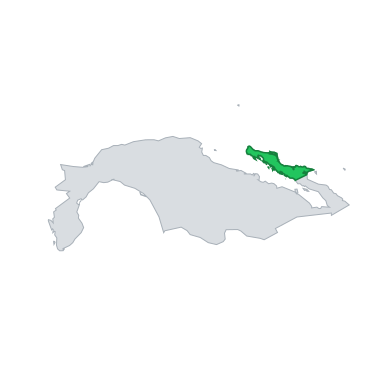 Baja California Sur on a map of Mexico (Albers equal-area conic projection), rotated 153°
{"feature_id": "MEX-2707", "entity_name": "Baja California Sur", "entity_type": "State", "adm_level": 1, "iso_a3": "MEX", "parent_name": "Mexico", "parent_adm1": "", "projection": "albers", "projection_center": [-111.883, 25.437], "detail": "fine", "context": "in_parent", "style": "filled", "palette": "green", "viewbox_px": 384, "rotation_deg": 153, "n_neighbors": 0, "source": "natural_earth", "source_scale": "10m", "svg_char_len": 9397}
<svg xmlns="http://www.w3.org/2000/svg" viewBox="0 0 384 384"><g transform="rotate(153 192 192)"><path d="M57.8,109.1L78.4,107.9L77.4,110.0L109.9,122.1L134.3,121.6L134.2,117.1L149.4,116.7L152.2,119.7L163.2,127.9L166.2,135.1L168.3,137.8L178.7,142.9L181.7,140.6L183.8,135.0L186.7,133.6L194.0,134.0L200.5,139.5L205.3,147.7L213.0,154.9L213.9,159.8L217.6,165.6L233.8,169.8L235.7,168.6L232.7,184.9L233.1,203.9L234.3,207.9L239.0,212.8L238.5,215.8L238.4,212.9L234.5,208.6L236.0,212.8L241.2,221.2L249.0,228.8L251.2,233.9L256.7,238.6L255.3,238.7L258.3,239.6L257.3,238.9L262.5,239.0L266.4,240.4L270.1,243.4L278.4,239.6L284.7,238.3L288.6,235.7L293.0,234.6L294.0,235.3L293.8,236.4L297.6,236.6L299.8,234.5L298.7,231.9L297.6,232.7L297.8,232.1L303.7,226.5L303.5,222.7L305.1,220.3L304.2,214.2L304.7,209.5L309.2,206.1L317.7,203.2L321.2,201.0L325.4,199.9L332.6,200.2L333.0,199.1L331.2,199.4L333.5,198.2L336.6,199.7L337.6,202.3L336.9,206.1L333.3,212.5L333.8,216.1L331.9,218.8L332.4,219.5L334.5,218.9L332.7,221.5L332.9,222.5L334.3,221.9L333.1,231.6L332.5,232.5L330.6,230.8L329.7,227.4L328.2,231.3L326.1,231.9L324.3,237.1L321.2,237.6L321.2,239.2L303.7,242.1L304.6,247.6L300.6,248.2L311.5,255.2L311.7,258.4L299.2,260.4L295.8,268.9L297.4,270.7L296.6,276.1L286.2,268.6L278.1,263.6L273.4,261.9L272.9,262.6L277.3,264.0L270.7,263.1L270.9,261.6L269.3,262.4L268.1,261.3L267.1,262.8L269.3,263.2L266.1,263.9L263.2,266.3L253.3,270.7L246.5,268.9L240.9,269.0L236.9,267.0L233.1,266.4L230.5,264.3L221.3,263.4L209.7,259.6L202.0,255.7L198.7,252.8L191.1,252.3L183.8,250.2L179.0,245.4L168.9,241.2L163.4,234.8L161.5,230.7L165.2,228.6L164.5,226.9L162.8,226.4L165.2,223.2L165.3,219.4L163.1,218.3L160.9,214.7L160.8,211.2L159.3,208.3L153.4,202.8L148.2,196.1L140.4,190.4L142.6,191.5L142.7,190.2L138.6,189.0L135.5,184.4L137.6,184.5L131.6,181.5L130.7,179.9L128.6,180.6L128.2,179.9L129.8,178.0L127.0,179.5L125.3,178.2L124.9,175.1L126.8,172.3L127.6,172.8L126.1,170.0L124.2,168.3L121.8,168.4L120.0,164.6L117.0,163.8L115.2,162.2L113.9,158.9L114.7,156.8L109.4,155.8L100.2,145.2L99.6,142.7L98.3,141.9L92.4,128.8L91.9,124.8L92.6,123.5L87.6,121.8L86.4,119.6L84.8,118.9L83.1,120.1L76.4,116.0L77.6,118.6L76.7,123.5L78.1,127.4L79.3,134.9L86.2,141.6L88.4,146.1L89.4,145.9L89.9,147.2L90.9,147.4L91.9,150.3L93.9,151.2L95.1,157.2L98.6,160.3L99.9,163.7L101.5,164.7L102.8,168.8L104.3,169.8L103.4,166.8L105.5,168.5L108.0,177.7L110.3,180.4L113.6,187.0L113.1,189.8L113.9,192.3L116.6,194.7L117.5,192.2L125.4,200.8L124.7,204.0L121.7,206.5L120.1,206.8L116.7,199.7L104.5,190.2L103.4,190.3L100.9,187.3L100.4,185.3L101.1,180.8L100.0,176.5L98.2,173.5L92.4,169.7L91.2,166.0L90.1,167.6L87.2,168.2L85.1,165.7L79.7,163.1L78.9,161.0L74.9,157.8L74.5,156.7L78.7,157.4L81.1,156.6L81.1,157.5L83.1,158.6L82.4,156.1L81.4,155.9L83.4,151.0L75.8,141.6L69.4,137.3L68.3,135.3L68.3,131.8L66.8,130.7L66.3,126.7L64.4,125.0L64.1,122.7L61.4,118.9L60.9,117.2L61.9,116.1L60.0,114.5L57.8,109.1ZM99.8,145.4L99.1,147.7L97.1,146.9L97.9,143.4L99.1,143.0L99.8,145.4ZM91.4,144.8L88.4,142.2L87.7,139.6L89.2,140.5L89.5,141.9L91.0,142.3L91.4,144.8ZM337.7,210.9L336.8,210.3L337.0,209.1L338.8,207.9L337.7,210.9ZM101.0,190.3L98.9,187.8L100.1,182.8L99.8,187.3L101.0,190.3ZM73.4,154.4L71.8,154.0L72.9,151.4L73.6,153.4L73.4,154.4ZM46.5,144.7L45.2,142.9L45.5,142.1L46.0,142.2L46.5,144.7ZM102.9,190.3L104.2,192.3L101.4,190.4L102.9,190.3ZM153.1,218.8L152.8,219.6L152.1,219.3L151.8,218.0L153.1,218.8ZM114.4,185.2L114.9,186.7L113.4,184.8L114.4,185.2ZM109.0,175.2L109.8,175.9L108.6,177.3L109.0,175.2ZM111.9,248.6L111.3,248.8L110.5,248.2L111.2,247.3L111.9,248.6ZM296.0,234.2L294.5,234.8L297.1,233.6L296.0,234.2ZM121.8,193.8L121.0,193.6L120.9,192.2L121.8,193.8Z" fill="#d9dde1" stroke="#a8b0b8" stroke-width="1"/><path d="M82.9,155.3L94.8,155.5L94.7,156.8L95.2,157.2L95.4,158.0L95.9,158.4L96.3,158.9L97.3,159.3L98.4,160.0L98.7,160.6L98.9,161.7L99.4,162.2L99.8,163.0L99.7,163.4L100.1,163.9L100.8,164.2L101.5,164.4L101.6,164.6L102.0,164.6L102.1,164.8L101.9,164.9L101.6,165.2L101.4,165.8L102.0,166.6L102.3,166.8L102.7,167.3L102.8,167.7L102.7,168.0L102.6,167.9L102.5,168.4L102.8,168.6L103.0,169.1L103.4,169.4L103.5,169.9L104.0,170.2L104.5,169.8L103.2,168.4L103.2,167.3L102.9,166.8L103.2,166.6L103.9,167.1L104.1,167.5L104.6,167.8L104.7,168.1L105.5,168.6L105.5,170.0L106.2,170.3L106.4,170.2L106.6,170.4L106.4,170.9L106.4,171.4L106.8,171.8L106.7,172.0L107.0,172.3L107.2,172.8L107.0,173.1L107.4,174.3L107.7,174.6L107.7,175.0L107.5,175.3L107.6,175.7L107.4,176.0L107.6,177.2L108.0,177.5L107.8,177.4L107.9,177.8L108.4,178.4L108.6,178.4L108.9,179.5L109.5,180.3L110.0,180.3L110.0,180.5L110.5,180.5L110.4,181.2L110.9,182.2L111.3,182.7L111.2,183.0L111.5,183.8L111.5,184.2L112.4,185.3L112.6,185.3L112.9,185.5L113.0,186.0L113.6,186.8L113.8,187.6L113.6,188.6L113.2,188.9L113.1,190.1L113.2,190.5L113.6,191.0L113.6,192.1L114.1,192.5L114.3,193.2L114.8,193.6L115.2,193.7L116.9,193.9L116.5,194.2L116.0,193.9L116.1,194.6L116.6,194.6L117.1,193.9L117.2,193.5L116.9,193.2L117.0,193.0L116.8,193.1L116.8,192.5L117.0,192.5L116.9,192.4L117.2,192.1L117.8,192.2L117.7,192.4L118.1,192.7L118.3,193.1L119.1,193.5L119.9,194.0L120.1,195.2L120.6,195.3L121.5,195.0L121.8,195.4L121.5,195.8L121.5,196.2L121.6,196.5L122.8,197.6L122.6,198.1L122.8,199.0L124.9,200.0L124.8,200.3L125.3,201.0L125.3,201.5L125.5,201.5L125.3,201.9L125.4,202.6L125.1,203.6L124.4,204.6L122.8,205.4L122.8,205.6L122.6,205.8L121.9,206.1L121.9,206.3L121.5,206.7L121.0,206.8L121.1,207.0L120.5,207.0L120.1,206.8L119.5,206.2L119.2,205.5L118.5,202.5L117.2,200.3L116.7,199.9L114.7,198.9L114.0,198.4L112.5,196.6L110.4,194.7L108.7,193.6L106.7,192.5L107.4,192.8L106.5,192.3L105.9,191.7L105.3,191.3L104.7,190.2L104.9,190.2L104.5,189.9L104.3,189.8L104.4,190.2L104.3,190.4L103.4,190.3L103.7,190.6L103.3,190.7L103.3,190.0L102.9,189.2L102.1,188.3L102.4,188.3L101.9,187.8L101.5,187.0L101.7,187.7L101.9,187.9L101.7,188.1L101.9,188.3L101.6,188.1L101.5,188.3L101.3,188.2L101.2,187.6L101.3,187.5L101.2,187.3L101.1,187.5L101.2,188.2L100.8,188.1L100.7,187.8L100.7,187.2L100.4,187.0L100.7,186.7L100.6,186.3L100.8,186.1L100.7,185.7L100.3,186.2L100.4,186.6L100.2,187.0L100.1,186.8L100.2,186.4L100.1,186.2L100.3,186.0L100.4,185.3L100.5,184.9L100.3,184.8L100.4,184.0L100.9,183.1L100.9,181.9L100.9,181.2L101.3,180.9L100.8,180.8L101.0,180.7L101.0,179.4L100.8,178.4L100.6,180.6L100.6,177.8L100.0,176.1L99.4,175.2L98.9,175.1L98.8,174.9L98.5,173.8L97.9,173.2L97.5,173.0L97.1,173.2L96.6,172.9L96.5,172.6L96.3,172.7L96.0,172.4L95.4,172.3L95.0,171.9L93.0,170.4L92.9,170.1L92.5,170.0L92.0,169.5L92.1,169.0L91.3,167.9L91.3,167.7L91.5,167.6L91.1,167.6L91.1,167.9L90.8,167.9L90.9,168.1L90.6,168.1L90.5,167.6L91.0,167.4L91.5,166.6L91.5,166.1L91.3,165.8L91.0,165.8L90.9,166.0L90.8,167.0L90.3,167.2L90.2,168.0L89.3,167.5L88.4,167.4L88.1,167.5L87.7,168.0L87.7,168.3L87.4,168.4L86.9,168.2L86.6,167.8L86.1,167.4L85.3,165.9L84.4,165.5L84.0,165.4L83.9,165.6L83.6,165.6L82.6,164.3L82.0,164.0L81.2,163.8L81.0,164.1L80.1,163.5L79.9,163.6L79.8,163.2L79.4,163.1L79.3,162.9L79.4,162.0L79.2,161.2L78.5,160.8L78.4,160.5L77.2,160.0L76.8,159.2L76.3,158.9L76.2,159.0L75.9,158.8L76.2,158.8L76.1,158.3L75.8,158.2L75.7,158.5L75.4,158.4L75.3,158.0L74.9,157.9L74.8,158.0L74.5,157.6L74.4,156.9L74.1,156.6L74.5,156.6L74.7,156.9L76.0,156.9L76.3,157.1L77.3,157.1L77.4,157.3L78.4,157.5L79.0,157.4L79.3,157.5L79.9,157.3L80.9,156.5L81.1,156.6L81.2,157.0L81.0,157.5L81.6,158.2L82.4,158.6L82.8,159.1L82.8,159.3L83.3,158.8L83.4,158.7L83.1,158.5L83.1,158.4L84.2,158.8L84.5,158.4L84.5,158.2L83.9,157.8L83.5,157.8L83.2,157.3L83.4,158.0L82.7,158.2L82.2,157.4L82.2,157.0L82.6,156.4L82.4,156.3L82.6,156.2L82.4,156.0L82.4,155.9L81.4,156.4L81.5,155.8L82.0,155.3L82.5,155.3L82.8,156.0L82.9,155.3ZM100.3,189.4L100.9,189.9L101.0,190.3L100.6,190.1L100.5,189.7L99.9,189.2L100.3,188.9L100.1,188.3L99.8,188.0L99.4,187.8L99.2,187.9L99.2,188.2L98.8,187.8L99.7,185.5L100.3,183.1L100.5,183.5L99.9,185.2L100.1,185.9L99.9,186.1L99.8,186.5L99.9,187.0L99.7,187.0L100.5,188.8L100.3,189.1L100.3,189.4ZM103.8,191.3L104.1,191.8L104.4,192.0L104.2,192.7L103.8,192.2L102.7,191.3L101.5,190.6L101.7,190.4L102.8,190.5L103.1,190.6L103.2,191.1L103.8,191.3ZM113.3,185.3L113.4,184.6L113.7,185.1L114.4,185.3L114.6,185.5L114.6,186.1L115.0,186.8L114.5,187.0L114.6,186.8L114.2,186.5L114.0,186.4L113.6,185.5L113.3,185.3ZM109.9,175.3L110.0,175.9L109.6,175.6L109.0,176.6L108.8,177.6L108.5,177.2L108.7,176.3L109.1,175.7L109.0,175.2L109.4,175.1L109.5,174.9L109.7,175.1L110.1,174.9L109.9,175.3ZM120.5,191.9L121.7,193.8L121.7,194.2L121.1,194.1L120.8,193.6L120.5,192.4L120.5,191.9ZM116.9,190.5L117.2,190.9L117.0,191.2L116.9,191.6L116.7,191.6L116.7,191.4L116.4,191.2L116.6,191.1L116.4,190.9L116.2,190.5L116.4,190.3L116.2,190.2L116.3,189.8L116.5,190.3L116.9,190.5ZM112.8,179.7L112.4,179.2L112.4,178.9L112.7,178.5L112.9,179.6L112.8,179.7ZM90.4,168.3L91.0,168.3L91.3,168.9L90.2,168.4L90.4,168.3ZM100.8,163.7L100.6,163.2L100.8,162.9L101.2,163.4L101.0,163.7L100.8,163.7ZM105.6,192.0L106.1,192.1L106.5,192.4L105.6,192.1L104.6,192.2L105.6,192.0ZM100.3,182.7L100.7,180.8L100.6,182.2L100.5,182.8L100.3,182.7ZM110.1,178.6L110.3,178.5L110.5,178.7L110.4,179.1L110.1,178.6ZM113.1,182.7L113.5,182.5L113.1,183.0L113.1,182.7ZM102.6,161.2L102.9,161.1L102.6,161.2ZM72.9,156.2L73.4,156.4L73.4,156.6L72.9,156.2ZM108.0,174.3L108.2,174.2L108.2,174.5L108.0,174.3ZM114.5,187.3L114.6,187.2L114.7,187.5L114.5,187.4L114.5,187.3ZM108.3,177.5L108.4,178.0L108.3,177.8L108.3,177.5Z" fill="#22c55e" stroke="#15803d" stroke-width="1.5"/></g></svg>